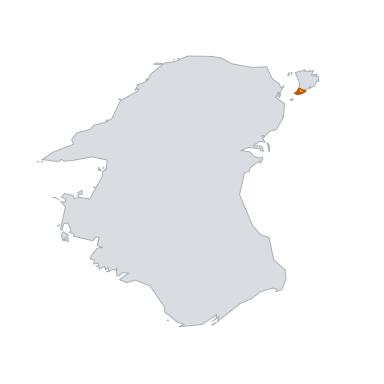 location of Circular Head, Tasmania, Australia, rotated 259°
{"feature_id": "25037944B64479708811178", "entity_name": "Circular Head", "entity_type": "district", "adm_level": 2, "iso_a3": "AUS", "parent_name": "Australia", "parent_adm1": "Tasmania", "projection": "equal_earth", "projection_center": [144.855, -41.02], "detail": "fine", "context": "in_parent", "style": "filled", "palette": "amber", "viewbox_px": 384, "rotation_deg": 259, "n_neighbors": 0, "source": "geoboundaries", "source_scale": "gbopen_adm2", "svg_char_len": 6245}
<svg xmlns="http://www.w3.org/2000/svg" viewBox="0 0 384 384"><g transform="rotate(259 192 192)"><path d="M257.5,62.8L261.5,84.9L266.4,83.8L272.0,90.4L272.9,103.8L276.2,108.4L277.0,120.8L279.3,127.2L295.3,139.2L301.5,158.5L303.3,159.5L303.6,156.1L307.1,159.6L307.6,157.9L309.0,167.7L311.0,170.6L315.4,173.6L323.9,190.0L323.4,200.8L326.3,213.8L321.2,237.7L317.9,246.3L310.1,256.0L302.7,275.0L300.7,289.1L287.8,292.4L281.4,298.4L277.5,298.9L278.6,302.3L272.4,297.3L273.3,296.2L272.9,294.9L271.7,294.9L269.7,297.0L268.1,295.7L270.7,293.7L269.2,292.1L260.8,299.7L247.7,295.9L237.3,286.7L236.7,279.5L231.8,272.9L233.8,273.1L233.7,271.1L226.9,273.1L228.8,268.2L225.9,261.0L223.6,269.2L218.5,270.0L219.3,267.3L221.7,267.3L224.8,256.0L223.6,247.5L220.4,256.4L215.3,259.8L212.1,265.1L212.7,267.8L210.6,267.5L207.2,264.5L209.2,264.5L207.6,259.2L204.2,253.2L201.4,252.5L200.8,247.2L180.5,238.2L147.3,245.1L137.0,251.2L132.9,258.9L109.6,259.3L97.9,268.5L89.3,267.9L79.0,261.7L78.2,255.5L80.7,256.5L82.3,252.7L81.0,239.9L76.0,230.1L73.3,217.9L59.8,191.9L64.4,194.7L61.1,186.7L63.3,191.4L66.7,192.8L60.0,176.4L62.2,153.5L63.4,158.9L66.8,153.0L79.5,142.4L84.2,143.1L107.8,132.9L116.3,119.4L115.4,110.5L119.9,104.1L124.4,114.0L126.2,108.5L123.5,104.6L124.2,102.1L132.2,103.8L129.6,102.8L131.2,98.9L129.6,95.4L133.9,95.0L132.2,92.4L135.8,92.0L134.4,88.3L137.4,84.0L137.7,86.6L140.1,86.2L140.2,81.5L143.8,83.2L146.0,79.3L149.8,82.0L155.1,88.6L154.4,93.9L157.7,88.8L165.0,92.2L166.4,89.3L163.1,85.3L171.2,67.2L172.9,68.4L175.8,63.8L176.8,65.8L185.5,64.4L185.2,60.0L179.3,56.8L180.2,55.6L201.5,65.0L207.6,61.6L206.1,65.2L208.7,67.1L211.8,62.8L214.7,66.5L211.4,74.5L207.8,75.3L208.0,81.1L204.7,90.2L224.0,106.6L229.2,108.3L230.9,112.2L239.5,114.9L245.5,100.7L245.8,79.8L246.8,71.9L248.9,70.1L247.2,66.5L252.5,51.2L257.5,62.8ZM268.2,314.7L277.9,318.6L289.6,316.1L290.2,327.0L289.4,325.1L288.2,327.4L287.9,334.4L283.8,331.6L281.1,338.0L276.2,337.5L277.2,335.7L272.8,332.6L271.1,327.1L273.0,328.1L268.5,320.4L268.2,314.7ZM169.4,55.7L175.5,55.7L177.4,58.0L173.4,62.5L169.4,55.7ZM216.5,275.5L226.5,275.1L222.3,277.0L216.5,275.5ZM213.2,79.9L214.5,84.4L210.7,83.6L211.2,80.4L213.2,79.9ZM323.4,188.1L323.3,183.1L324.8,179.0L325.4,182.0L323.4,188.1ZM287.0,308.2L290.2,309.1L290.3,310.7L287.0,308.2ZM168.8,57.1L171.0,61.5L167.1,61.2L168.8,57.1ZM264.6,308.9L262.7,308.5L263.7,305.9L264.6,308.9ZM233.9,104.8L232.1,106.1L230.2,106.9L231.1,104.3L233.9,104.8ZM59.7,190.7L58.0,188.3L57.7,186.1L57.9,186.0L59.7,190.7ZM289.5,312.1L290.8,313.2L288.4,312.3L289.5,312.1ZM310.2,168.3L311.6,168.3L311.5,170.5L310.2,168.3ZM277.4,120.6L279.1,122.0L278.8,122.8L277.4,120.6ZM283.6,335.4L283.8,337.1L282.5,336.6L283.6,335.4ZM325.4,202.7L325.4,205.3L325.4,202.7ZM184.8,55.5L183.8,54.3L184.5,53.7L184.8,55.5ZM213.1,55.8L211.7,58.0L213.4,54.1L213.1,55.8ZM325.7,199.4L325.0,200.3L325.5,199.4L325.7,199.4ZM215.8,97.0L215.0,97.4L215.5,96.4L215.8,97.0ZM210.2,79.8L209.2,80.0L209.8,78.6L210.2,79.8ZM70.9,142.6L70.7,144.4L70.2,144.2L70.9,142.6ZM250.7,50.2L250.7,51.7L250.2,50.6L250.7,50.2ZM271.7,295.6L272.0,296.4L271.6,296.1L271.7,295.6ZM211.3,58.7L209.3,60.2L211.4,58.3L211.3,58.7ZM134.5,86.1L133.8,87.1L134.2,85.9L134.5,86.1ZM284.3,334.1L283.7,334.5L284.1,333.8L284.3,334.1ZM233.1,110.1L232.0,110.1L232.5,109.1L233.1,110.1ZM130.7,94.2L130.2,94.8L130.1,93.3L130.7,94.2ZM289.1,330.5L288.2,331.0L288.5,330.0L289.1,330.5ZM251.4,46.0L251.2,47.0L250.7,46.5L251.4,46.0ZM271.3,296.7L272.1,297.5L270.7,297.3L271.3,296.7ZM297.3,139.0L296.5,139.1L296.8,137.9L297.3,139.0ZM303.0,155.9L302.6,155.9L302.9,155.0L303.0,155.9ZM268.6,313.3L268.3,314.0L268.1,313.2L268.6,313.3Z" fill="#d9dde1" stroke="#a8b0b8" stroke-width="1"/><path d="M273.2,316.6L273.2,316.4L273.0,316.2L272.9,316.2L272.6,316.3L272.6,316.5L272.6,316.4L272.4,316.1L272.0,316.1L271.8,316.0L271.7,316.1L271.8,316.1L271.6,315.7L271.7,315.9L271.5,315.7L271.7,315.4L271.8,315.5L271.8,315.4L271.7,315.3L271.7,315.2L271.4,315.0L271.5,315.3L271.5,315.7L271.4,315.8L271.2,315.8L271.5,315.6L271.0,315.7L270.6,315.7L270.8,315.8L270.7,315.9L270.6,316.0L270.4,316.1L270.6,316.0L270.6,315.9L270.6,316.0L270.6,315.9L270.4,315.9L270.2,315.6L269.9,315.5L270.0,315.4L269.9,315.5L269.9,315.4L269.8,315.2L269.7,315.3L269.4,315.4L269.5,315.4L269.5,315.5L269.5,315.4L269.4,315.5L269.4,315.4L269.0,315.2L268.9,315.2L268.9,315.3L268.9,315.2L268.7,315.1L268.5,315.3L268.5,314.9L268.4,314.9L268.2,314.5L268.2,314.4L268.1,314.5L268.0,314.8L268.0,315.0L267.9,315.0L268.0,315.1L268.0,315.3L268.1,315.5L268.0,315.8L268.1,316.0L268.1,316.3L268.0,316.6L267.9,316.6L267.7,316.5L267.8,316.6L267.6,316.7L267.6,316.8L267.6,317.3L267.7,317.7L267.8,317.7L268.0,317.6L268.3,317.8L268.5,317.9L268.6,317.7L268.7,317.8L268.6,318.0L268.7,317.8L268.6,317.7L268.6,317.8L268.5,318.0L268.5,317.9L268.5,318.0L268.5,317.9L268.5,318.0L268.5,317.9L268.3,317.8L268.2,317.7L267.9,317.7L267.8,317.8L267.9,318.0L267.8,318.3L268.0,318.4L267.9,318.5L268.0,318.9L268.0,319.1L268.0,319.3L268.2,319.5L268.3,319.8L268.5,320.0L268.4,320.0L268.5,320.3L268.6,320.5L268.4,320.6L268.6,320.9L268.6,321.0L268.8,321.1L268.7,321.2L268.8,321.3L269.2,322.0L269.3,322.3L269.3,322.5L269.7,322.3L269.8,322.3L269.9,322.2L270.1,322.2L270.2,322.3L270.3,322.3L270.6,320.6L272.6,318.1L272.7,317.9L272.6,318.0L272.6,317.9L272.8,317.7L273.0,317.3L273.0,317.2L273.2,316.8L273.3,316.8L273.3,316.7L273.2,316.7L273.2,316.6ZM269.1,315.0L269.4,315.1L269.5,315.2L269.8,315.0L270.0,315.0L270.1,314.9L270.1,315.0L270.3,315.0L270.2,314.8L270.2,314.7L270.1,314.8L269.8,314.7L269.6,314.3L269.7,314.6L269.5,314.3L269.4,314.3L269.3,314.6L269.1,314.7L269.1,315.0ZM268.6,312.5L268.5,312.8L268.5,313.0L268.4,313.2L268.2,313.2L268.2,313.3L268.2,313.6L268.3,313.7L268.2,313.9L268.3,314.0L268.5,313.9L268.5,313.6L268.6,313.3L268.6,313.1L268.6,312.6L268.6,312.5ZM268.9,312.8L269.0,312.9L269.0,313.0L269.3,313.2L269.5,313.0L269.6,312.8L269.7,312.7L269.6,312.4L269.5,312.5L269.4,312.4L269.4,312.5L269.2,312.4L269.2,312.5L268.9,312.7L268.9,312.8ZM270.2,315.3L270.1,315.5L270.4,315.7L270.5,315.7L270.2,315.3ZM269.5,313.9L269.4,314.2L269.5,314.3L269.5,314.1L269.5,313.9ZM267.9,314.3L268.0,314.4L267.9,314.3ZM268.0,313.8L267.9,313.8L268.0,313.8ZM269.5,313.8L269.4,313.9L269.5,313.9L269.5,313.8Z" fill="#f59e0b" stroke="#b45309" stroke-width="1.5"/></g></svg>